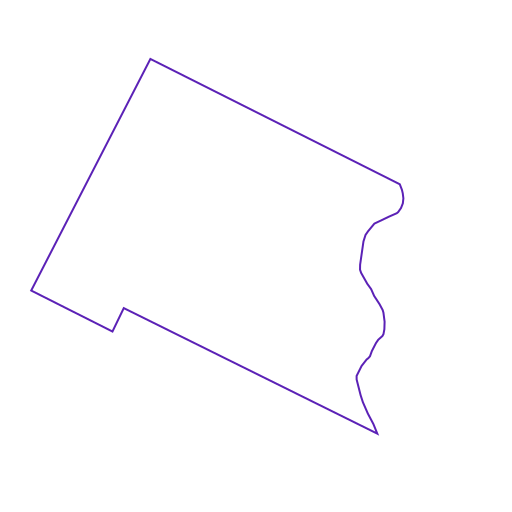 outline of Marion, Missouri, United States of America, rotated 26°
{"feature_id": "52423323B24545032731493", "entity_name": "Marion", "entity_type": "district", "adm_level": 2, "iso_a3": "USA", "parent_name": "United States of America", "parent_adm1": "Missouri", "projection": "orthographic", "projection_center": [-91.436, 39.803], "detail": "fine", "context": "isolated", "style": "outline", "palette": "violet", "viewbox_px": 512, "rotation_deg": 26, "n_neighbors": 0, "source": "geoboundaries", "source_scale": "gbopen_adm2", "svg_char_len": 702}
<svg xmlns="http://www.w3.org/2000/svg" viewBox="0 0 512 512"><g transform="rotate(26 256 256)"><path d="M69.1,385.6L160.1,386.8L160.0,360.8L442.9,362.5L435.2,355.6L425.6,348.6L416.1,340.5L411.0,335.2L400.6,322.9L399.0,319.7L399.1,308.5L400.8,300.5L401.7,298.7L402.4,296.2L401.8,290.6L402.0,281.6L402.6,277.6L404.7,272.5L404.8,270.3L403.5,265.6L400.4,258.7L395.4,251.1L393.5,249.0L388.1,245.1L379.7,240.1L374.0,235.3L368.2,232.2L357.9,225.1L355.5,222.7L353.4,218.2L346.2,195.8L345.2,189.0L345.9,184.5L348.2,175.0L358.3,162.3L363.8,155.8L364.5,154.3L365.3,149.3L364.9,144.3L363.2,139.6L360.4,135.3L358.2,132.6L353.8,128.5L74.7,125.2L69.1,385.6Z" fill="none" stroke="#5b21b6" stroke-width="2"/></g></svg>